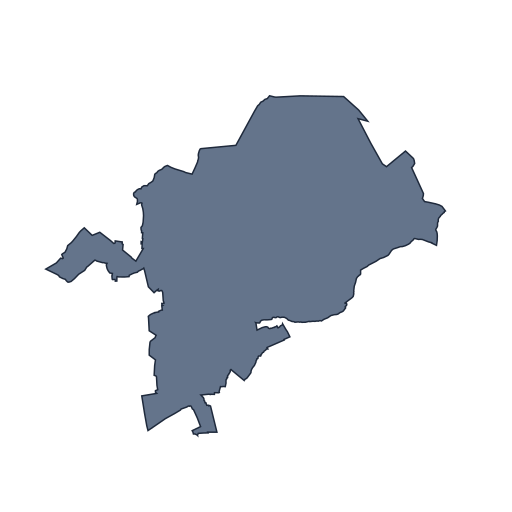 Amecameca, México, Mexico, rotated 328°
{"feature_id": "50627088B19477271407019", "entity_name": "Amecameca", "entity_type": "district", "adm_level": 2, "iso_a3": "MEX", "parent_name": "Mexico", "parent_adm1": "México", "projection": "orthographic", "projection_center": [-98.751, 19.12], "detail": "fine", "context": "isolated", "style": "filled", "palette": "slate", "viewbox_px": 512, "rotation_deg": 328, "n_neighbors": 0, "source": "geoboundaries", "source_scale": "gbopen_adm2", "svg_char_len": 6141}
<svg xmlns="http://www.w3.org/2000/svg" viewBox="0 0 512 512"><g transform="rotate(328 256 256)"><path d="M414.8,167.2L378.5,143.7L357.1,131.9L356.0,131.0L352.4,127.3L349.0,128.5L346.5,127.9L343.9,128.4L341.5,128.1L339.1,129.2L337.0,129.5L331.3,132.5L297.6,151.5L266.2,135.8L265.3,135.7L263.8,136.6L261.6,138.5L260.5,139.8L259.5,142.0L258.3,143.4L256.9,144.5L256.4,145.2L251.2,148.8L245.2,152.7L240.6,148.0L239.4,146.1L233.4,139.2L230.9,135.8L228.9,132.3L226.3,131.8L224.6,131.9L222.6,132.5L220.6,132.4L219.6,132.1L217.4,132.2L216.2,132.8L214.3,132.8L213.4,133.1L211.3,135.5L208.3,137.7L206.4,137.9L203.4,137.8L201.1,138.8L198.3,137.0L195.7,137.0L194.0,138.1L193.5,137.6L192.6,137.1L190.5,136.9L188.8,137.2L187.7,137.8L186.9,137.5L186.2,137.6L185.1,138.4L184.4,139.8L184.3,141.0L184.4,141.6L185.6,144.2L185.4,145.2L184.3,147.0L182.2,149.0L186.1,149.6L187.1,150.3L187.3,150.8L186.1,152.0L185.1,155.8L183.7,159.1L182.0,162.2L178.2,167.5L175.8,170.0L174.7,170.5L173.8,170.7L173.4,171.1L172.4,173.0L172.4,173.9L171.3,175.6L172.3,176.3L169.0,180.7L168.9,180.9L169.2,181.3L166.9,184.1L166.2,183.0L165.0,184.8L165.9,185.4L163.3,189.1L164.4,189.9L151.4,196.7L149.6,192.0L149.6,190.8L146.0,180.2L149.4,175.8L149.0,174.7L150.0,173.2L144.6,168.6L143.5,170.2L142.9,170.3L142.0,170.0L140.8,165.9L136.1,153.1L128.0,151.7L125.3,141.1L120.9,141.8L118.6,142.4L114.1,144.3L108.6,146.2L106.4,146.8L101.8,147.4L99.3,149.7L96.0,151.6L92.8,151.6L92.0,151.9L91.5,155.5L91.3,155.7L90.5,155.7L89.2,154.3L83.0,156.1L70.8,155.7L77.4,166.1L78.3,167.9L78.3,169.6L80.2,172.7L82.0,174.8L82.0,176.2L82.5,178.3L83.4,179.0L85.7,179.6L90.0,179.0L96.0,177.5L103.1,177.4L106.6,175.7L108.2,175.6L117.2,174.1L117.8,174.8L118.1,175.7L122.4,180.4L123.7,181.2L124.2,182.0L125.8,183.3L124.7,183.9L124.1,184.7L123.1,187.6L122.9,188.8L122.8,190.4L123.0,192.9L125.0,194.7L124.0,195.7L124.0,196.0L123.3,196.4L121.8,199.4L121.8,199.9L123.9,201.1L123.7,202.4L123.4,202.8L124.7,203.5L126.9,200.1L127.3,199.8L128.5,201.0L133.5,204.2L137.4,206.2L138.3,205.2L141.6,205.5L143.9,205.9L146.8,206.9L148.3,206.5L150.3,206.8L151.9,206.8L153.3,207.0L154.4,206.8L153.7,209.5L148.4,225.1L150.1,233.1L154.1,232.4L155.4,232.4L154.4,233.5L154.8,234.0L155.7,234.7L157.1,234.8L157.8,235.4L157.6,237.4L153.7,244.7L153.2,246.8L152.8,247.4L151.0,246.3L150.2,247.8L150.6,248.5L149.7,248.3L147.9,252.2L146.9,251.7L144.1,251.3L143.8,251.9L140.9,250.6L140.1,250.6L140.1,250.3L137.2,249.9L135.4,249.7L132.7,250.1L131.9,251.8L125.8,262.8L129.3,270.3L128.5,270.7L127.2,271.8L121.3,272.4L120.4,273.0L116.0,278.6L112.9,283.5L115.7,290.8L112.0,295.2L106.4,303.2L107.6,304.7L107.6,305.7L103.4,313.3L101.8,317.3L99.4,316.9L98.6,318.1L99.0,319.9L85.0,314.1L78.1,330.4L73.4,342.1L71.9,346.8L79.9,346.5L92.8,345.9L104.6,346.5L110.3,346.6L111.4,346.1L117.3,347.4L119.0,347.4L119.7,347.7L119.9,348.1L120.6,348.2L121.2,348.6L121.3,349.5L121.0,352.0L121.6,353.2L120.4,362.3L118.6,371.3L109.3,370.3L109.2,372.0L108.6,373.8L109.9,374.6L111.0,376.2L111.3,377.3L111.6,376.6L112.3,376.4L113.0,375.8L117.5,378.2L121.6,380.6L121.7,379.8L129.5,384.7L137.9,359.2L137.4,358.2L136.9,357.9L136.6,358.0L136.5,357.3L135.1,356.5L135.7,353.9L135.0,353.5L135.6,351.7L135.3,351.1L136.2,349.4L136.1,349.0L136.4,348.2L135.9,346.7L136.0,346.2L135.6,344.7L143.0,348.3L143.7,349.2L144.0,349.1L144.5,349.4L147.4,351.3L148.4,349.9L151.8,352.2L152.6,352.3L152.9,351.4L156.7,347.9L157.8,348.8L158.8,349.1L160.7,350.5L163.2,347.9L164.4,345.9L165.3,344.9L165.9,344.8L166.6,344.0L167.1,344.2L167.5,344.1L167.6,343.4L168.3,343.0L168.6,342.3L170.0,342.1L170.5,341.5L171.5,341.2L173.0,340.3L173.6,339.2L174.4,338.9L174.8,339.2L174.7,339.4L180.0,355.3L180.5,354.9L180.9,355.0L181.5,354.7L183.1,354.8L184.0,354.6L189.4,352.5L190.0,352.1L190.9,350.9L192.1,349.9L193.9,348.9L196.6,348.0L199.5,346.1L200.8,344.7L201.6,344.4L202.1,343.7L203.3,343.9L204.4,342.6L205.0,342.2L205.9,342.6L206.9,343.3L207.7,342.8L207.9,342.3L208.9,342.1L210.3,341.4L211.4,341.6L212.4,341.0L213.9,340.9L215.0,340.7L215.5,340.4L216.8,341.1L216.9,339.4L235.4,342.2L235.5,341.6L241.9,342.5L242.5,336.8L242.4,334.5L242.6,327.6L242.1,328.2L241.5,328.4L239.7,328.2L238.3,328.7L236.6,328.6L236.7,326.3L236.3,326.3L235.7,326.6L234.2,326.1L233.7,326.3L233.1,325.9L231.1,325.6L229.9,324.9L229.3,325.0L228.3,323.9L228.3,322.6L228.0,322.2L227.4,321.5L226.3,320.9L223.2,320.0L217.6,319.4L220.4,312.8L220.4,312.3L221.2,313.1L223.3,314.6L223.9,314.6L225.2,313.7L226.8,313.5L228.9,314.3L231.7,316.1L235.2,317.9L235.9,318.0L237.1,317.1L237.7,317.0L238.8,317.5L239.5,318.4L240.4,318.9L241.6,318.8L242.5,319.1L243.4,320.6L243.9,321.1L245.7,321.7L247.6,323.0L249.0,325.4L249.3,327.0L249.6,327.7L250.4,328.5L251.8,330.6L253.4,331.8L253.9,332.8L257.0,334.3L257.9,335.2L259.2,335.8L259.7,336.5L262.9,338.4L266.5,339.6L266.7,340.1L269.7,341.5L271.4,342.7L272.8,343.2L274.6,344.4L275.6,344.5L276.2,344.8L277.1,345.8L280.2,345.7L284.0,346.4L288.0,346.2L291.2,347.2L293.3,348.3L294.7,348.7L297.3,348.5L299.3,348.9L300.9,348.9L304.5,347.5L304.6,346.4L305.7,346.0L306.3,346.0L307.1,345.5L307.5,344.8L307.6,344.1L306.5,343.3L306.6,343.0L314.8,342.3L316.0,342.1L317.1,341.7L318.9,339.9L319.3,338.9L320.1,338.1L320.5,337.2L323.4,333.6L326.5,331.1L329.2,328.3L331.2,327.4L332.4,327.3L333.3,327.0L334.5,327.1L335.2,326.7L337.2,323.4L340.3,323.4L344.7,323.8L346.7,323.4L355.1,324.1L359.8,323.9L363.4,324.9L368.2,325.4L369.7,325.0L373.9,323.1L376.2,322.8L380.8,324.0L383.2,324.5L385.2,325.6L388.1,326.4L391.7,326.8L393.5,326.7L395.0,326.1L398.2,325.6L398.8,325.2L399.5,325.1L399.9,325.3L402.8,328.2L403.9,328.7L405.8,330.1L409.9,335.6L412.0,337.7L411.7,337.9L414.7,342.6L417.9,338.8L420.4,335.1L421.5,333.0L422.1,331.4L422.2,329.3L422.6,328.7L425.0,327.4L425.8,326.8L427.6,324.0L429.1,323.1L429.6,322.0L430.5,321.1L431.2,320.6L433.4,320.0L434.0,319.5L436.0,319.2L436.8,318.9L438.7,318.8L439.1,318.2L440.5,318.2L440.0,312.5L438.5,309.9L435.9,306.9L430.7,301.8L427.8,299.2L427.6,295.4L429.8,293.5L431.1,291.8L434.8,263.5L436.7,263.1L439.6,261.6L440.8,258.7L441.2,256.8L438.4,246.2L414.0,249.4L412.0,244.8L413.1,221.3L415.3,193.6L422.2,200.9L420.4,186.6L414.8,167.2Z" fill="#64748b" stroke="#1e293b" stroke-width="1.5"/></g></svg>